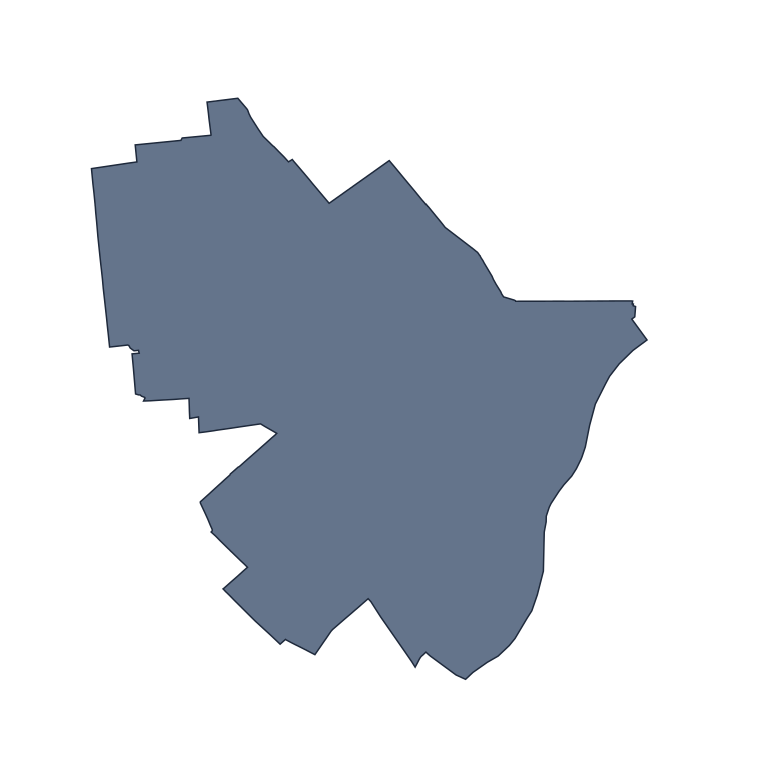 the district of Fetesti, Calarasi, Romania, rotated 352°
{"feature_id": "2599482B60932966613296", "entity_name": "Fetesti", "entity_type": "district", "adm_level": 2, "iso_a3": "ROU", "parent_name": "Romania", "parent_adm1": "Calarasi", "projection": "natural_earth1", "projection_center": [27.783, 44.402], "detail": "fine", "context": "isolated", "style": "filled", "palette": "slate", "viewbox_px": 768, "rotation_deg": 352, "n_neighbors": 0, "source": "geoboundaries", "source_scale": "gbopen_adm2", "svg_char_len": 3571}
<svg xmlns="http://www.w3.org/2000/svg" viewBox="0 0 768 768"><g transform="rotate(352 384 384)"><path d="M420.3,163.5L420.0,163.6L406.3,170.7L398.6,174.7L354.8,197.4L340.8,175.1L338.1,170.6L330.2,158.1L327.7,154.2L326.0,151.6L324.4,148.9L324.2,149.0L320.6,150.6L320.3,150.7L316.8,145.5L312.0,139.1L308.0,133.6L307.2,132.9L305.4,130.6L304.3,129.1L303.2,127.7L298.8,122.0L294.9,114.0L289.1,101.3L287.9,97.6L287.1,93.8L286.5,92.5L279.0,80.7L278.7,80.7L248.0,80.2L247.8,91.5L247.6,97.3L247.4,113.4L247.1,113.6L218.4,112.3L216.8,114.5L170.9,112.6L170.2,129.7L161.6,129.7L124.3,130.0L123.6,145.5L123.4,153.5L123.2,158.4L122.9,165.9L122.8,166.9L122.8,167.5L122.8,167.8L122.8,168.1L122.4,174.0L122.0,183.3L121.6,190.8L121.2,198.0L120.5,217.1L120.2,226.2L120.1,230.6L119.8,240.5L119.3,250.3L119.0,261.4L118.4,281.2L118.2,285.9L118.0,291.9L117.9,295.7L117.4,309.2L119.9,309.3L133.7,309.7L135.5,309.7L136.7,310.4L136.7,310.5L137.6,312.8L137.8,313.2L141.0,316.3L142.6,316.4L145.6,316.5L145.7,318.1L145.8,318.3L145.9,319.4L138.7,319.1L138.0,333.9L136.6,359.3L139.4,360.6L139.8,360.7L141.0,360.9L142.2,362.3L145.1,363.9L145.4,364.6L143.5,367.4L150.3,368.1L161.8,369.0L173.2,370.0L181.0,370.5L188.9,371.1L188.1,378.7L187.5,383.9L187.0,389.2L186.8,391.1L195.7,390.8L194.1,406.5L201.1,406.6L208.1,406.6L208.7,406.6L212.3,406.5L216.0,406.5L225.3,406.5L234.6,406.4L256.2,406.3L260.1,409.5L261.4,410.5L267.2,415.0L270.9,417.9L269.1,419.3L265.5,421.6L261.2,424.5L249.1,432.5L238.3,439.6L229.1,445.7L228.0,446.0L221.2,450.5L219.3,451.7L218.7,452.7L213.3,456.3L202.9,463.4L194.3,469.3L185.7,475.1L185.6,475.5L185.6,476.3L185.7,476.7L187.9,483.9L189.1,487.8L190.8,493.6L192.3,499.5L192.9,501.6L193.6,504.0L193.6,504.9L193.5,505.3L193.1,505.8L192.2,506.5L193.1,507.6L196.1,511.2L200.0,516.5L203.0,520.4L205.3,523.4L207.0,525.6L207.7,526.4L208.9,528.1L210.2,529.7L212.2,532.3L216.1,537.3L217.4,539.0L220.4,542.7L223.3,546.5L218.9,549.4L211.4,554.5L205.1,558.6L197.0,564.0L196.1,564.5L198.3,567.6L200.9,570.9L203.8,574.8L205.1,576.6L206.9,579.0L210.1,583.2L218.2,593.9L223.6,601.0L235.5,615.4L242.0,623.5L244.9,627.2L250.9,623.2L251.5,623.8L255.9,627.0L259.6,629.6L265.9,633.9L277.9,642.4L283.8,636.0L289.2,630.1L291.0,628.2L294.7,624.1L297.1,621.5L299.0,619.9L311.8,611.6L320.6,606.0L323.8,603.9L325.9,602.6L338.4,594.4L340.7,597.7L348.3,614.3L367.7,652.7L372.7,662.7L375.4,668.7L377.9,665.3L380.0,662.3L381.1,660.8L382.2,659.6L382.9,658.9L384.7,657.8L388.2,655.3L390.5,658.1L392.1,659.9L396.3,664.0L414.9,682.2L423.7,687.8L431.9,682.0L447.5,674.0L459.2,669.3L471.7,660.4L478.3,654.3L493.4,635.5L498.8,629.2L506.5,614.1L515.8,591.5L520.5,562.6L522.1,552.9L525.4,543.1L526.3,537.5L530.5,529.0L532.8,525.6L537.6,520.1L542.4,514.6L545.3,511.7L548.2,508.8L554.7,503.3L556.9,501.5L562.7,494.7L568.8,485.7L570.1,483.4L574.6,474.4L581.9,453.5L586.2,443.4L590.5,433.3L603.4,414.7L608.5,407.7L619.8,396.7L635.2,385.4L650.6,377.0L641.1,359.2L638.4,354.2L641.7,352.4L643.3,345.2L643.9,342.3L641.6,341.1L642.1,339.5L640.9,339.2L641.8,336.5L640.1,336.1L625.0,334.0L580.5,328.0L566.5,326.0L552.5,324.1L531.2,321.1L525.9,320.4L525.9,320.1L525.6,319.7L524.6,319.0L519.8,316.8L514.6,314.4L513.1,311.3L512.5,309.0L508.9,300.9L506.9,295.7L506.0,292.3L499.9,277.8L499.3,276.0L497.4,271.9L497.1,270.6L496.3,269.4L495.8,268.2L494.9,266.6L493.5,265.2L491.8,263.3L466.4,237.5L463.1,231.8L458.5,224.3L452.5,214.4L452.1,214.2L452.0,213.7L450.7,211.7L450.2,212.0L449.2,210.2L446.8,206.5L441.0,196.9L437.2,190.8L433.4,184.7L423.8,169.1L420.8,164.4L420.3,163.5Z" fill="#64748b" stroke="#1e293b" stroke-width="1.5"/></g></svg>